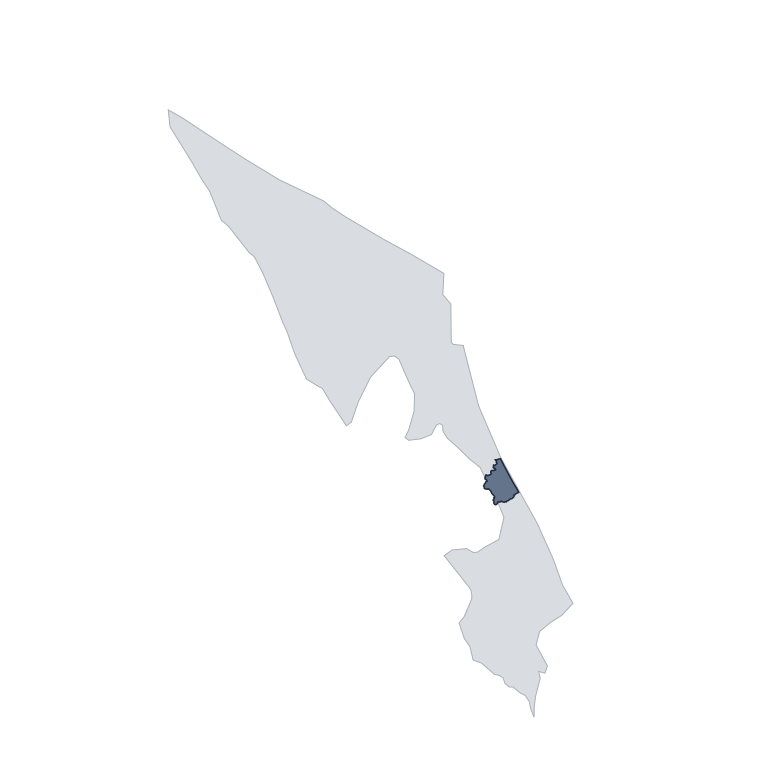 HaSharon, HaMerkaz, Israel (highlighted), rotated 138°
{"feature_id": "584046B61571705909900", "entity_name": "HaSharon", "entity_type": "district", "adm_level": 2, "iso_a3": "ISR", "parent_name": "Israel", "parent_adm1": "HaMerkaz", "projection": "natural_earth1", "projection_center": [34.955, 32.299], "detail": "fine", "context": "in_parent", "style": "filled", "palette": "slate", "viewbox_px": 768, "rotation_deg": 138, "n_neighbors": 0, "source": "geoboundaries", "source_scale": "gbopen_adm2", "svg_char_len": 4398}
<svg xmlns="http://www.w3.org/2000/svg" viewBox="0 0 768 768"><g transform="rotate(138 384 384)"><path d="M495.5,35.9L491.9,45.4L488.6,50.4L487.5,58.0L489.7,64.1L490.9,72.5L493.6,74.9L494.5,80.5L492.2,85.8L493.3,90.3L496.2,94.4L498.3,111.3L502.5,119.2L495.9,131.3L494.6,141.2L488.1,156.2L480.5,157.3L462.7,165.5L460.3,168.0L457.2,172.8L456.7,176.5L454.2,216.2L444.5,215.1L432.7,206.4L430.4,199.0L426.9,196.4L418.5,195.4L402.6,191.6L384.1,204.7L376.2,226.3L374.7,236.4L368.4,257.6L370.6,270.7L371.7,287.6L373.2,301.4L371.6,309.7L368.1,314.1L369.1,317.3L372.3,318.5L382.4,314.7L393.1,318.5L403.3,325.6L404.2,330.3L396.9,333.0L379.7,343.8L367.7,356.4L364.5,368.0L356.3,392.7L357.5,397.8L361.4,400.7L389.4,398.1L414.7,388.1L433.8,377.5L439.9,378.1L435.9,405.3L436.0,405.4L432.7,422.1L434.0,424.9L438.3,439.4L430.2,466.0L421.1,487.6L417.9,497.8L409.1,520.6L400.0,547.0L395.2,565.2L396.3,571.7L394.0,605.1L395.3,614.6L384.7,643.6L382.5,657.9L378.3,677.3L370.9,718.3L360.9,732.1L355.8,716.7L344.4,672.9L336.3,642.8L325.2,605.8L306.5,560.8L304.8,549.9L300.8,534.2L288.0,493.3L277.5,463.7L265.5,426.0L280.5,411.1L280.8,398.7L306.2,369.9L306.0,367.1L299.2,359.5L300.2,358.1L328.3,304.5L346.4,251.4L363.5,177.6L375.6,140.0L385.8,115.2L390.3,94.6L406.8,93.1L419.1,95.3L433.8,96.0L445.6,88.3L451.2,65.1L457.9,61.4L461.4,66.9L464.8,60.8L480.2,50.6L487.8,44.1L495.5,35.9Z" fill="#d9dde1" stroke="#a8b0b8" stroke-width="1"/><path d="M352.1,253.2L352.1,252.4L352.1,251.5L352.4,250.9L352.7,250.8L353.0,250.5L353.0,250.0L353.0,249.6L353.3,249.3L354.1,249.3L355.0,249.3L355.7,249.3L356.2,249.4L356.4,249.6L356.5,250.1L356.6,250.4L356.9,250.5L357.1,250.3L357.2,249.8L357.5,249.6L357.9,249.3L358.5,249.2L358.8,248.4L358.6,247.9L358.2,247.6L358.0,247.0L358.1,246.3L358.1,245.8L358.5,245.6L358.8,245.6L359.1,245.9L359.4,246.2L359.8,246.3L360.1,246.3L360.4,246.3L360.7,246.7L360.9,247.0L361.3,247.1L361.5,247.2L361.7,247.4L361.9,247.7L362.2,247.8L362.7,247.7L363.2,247.5L363.4,247.2L363.7,247.0L363.9,246.8L364.0,246.4L364.0,246.1L364.3,245.7L364.6,245.5L365.2,245.5L365.8,245.5L366.3,245.7L366.6,246.0L367.1,246.2L367.7,246.3L368.2,246.5L368.4,246.9L368.4,247.3L368.6,247.7L368.8,247.9L369.0,248.2L369.5,248.1L369.7,247.8L370.1,247.8L370.4,247.6L370.5,247.2L371.0,247.0L371.4,246.9L371.8,246.8L372.0,246.5L372.1,246.0L372.5,245.5L372.2,244.9L372.0,244.2L372.0,243.5L372.2,243.2L372.6,242.8L372.7,242.7L373.2,243.1L373.5,243.2L374.0,243.1L374.4,242.9L374.8,242.7L375.2,242.5L375.5,242.4L376.5,242.4L376.8,242.2L377.0,242.0L377.5,241.7L378.2,241.6L378.2,241.1L378.3,240.8L378.5,240.5L378.5,240.1L379.0,239.7L379.2,239.4L379.3,239.2L379.2,238.8L379.0,238.4L378.8,238.1L378.6,237.8L378.1,237.6L378.0,237.2L377.8,236.9L377.6,236.7L377.4,236.4L377.1,236.3L376.7,236.1L376.4,236.0L376.4,235.6L376.4,234.7L376.3,233.9L376.3,233.3L376.5,232.6L376.5,232.1L376.7,231.7L376.9,231.2L377.1,230.8L377.1,230.3L377.1,229.6L377.1,227.9L377.1,226.5L377.3,226.1L377.5,225.8L378.0,225.8L378.2,226.0L378.4,226.0L378.6,226.0L378.7,225.8L378.7,225.6L378.7,225.4L378.9,225.0L379.6,224.8L380.0,224.8L380.5,224.8L380.7,224.6L380.8,224.3L380.8,223.6L380.8,223.2L381.2,222.7L381.6,222.5L381.7,222.3L381.9,222.2L382.1,222.0L382.2,221.6L382.3,220.9L382.1,220.0L382.0,219.7L381.7,219.6L381.3,219.4L381.0,219.2L380.6,219.3L380.0,219.3L379.5,219.4L379.1,219.6L379.0,219.9L378.7,220.1L378.1,219.9L377.8,219.7L377.7,219.5L377.6,219.4L377.3,219.3L377.2,219.0L376.9,218.7L376.5,218.6L376.0,218.6L375.4,218.6L375.1,218.2L375.1,217.9L375.0,217.4L374.8,217.1L374.6,216.9L374.4,216.5L374.2,216.3L374.0,215.9L373.7,215.6L373.1,215.5L372.8,215.5L372.5,215.3L372.3,215.0L372.2,214.7L371.9,214.5L371.5,214.7L371.2,214.7L370.9,214.8L370.6,214.7L370.3,214.5L369.9,214.3L369.4,214.1L368.9,214.1L368.1,214.1L367.4,214.1L366.9,214.1L366.6,213.9L366.4,213.7L366.0,213.3L365.6,213.2L365.1,213.2L364.2,213.2L363.1,213.3L362.7,213.4L362.3,213.7L362.1,214.1L362.0,214.5L361.7,214.6L361.4,214.3L361.0,214.1L360.8,214.1L360.5,214.1L360.3,214.1L359.8,214.1L359.4,214.1L359.0,214.1L358.4,214.1L358.0,213.9L357.6,213.6L357.2,213.4L356.9,213.4L356.4,213.3L356.0,214.8L355.2,217.9L354.5,222.0L353.3,227.4L351.5,234.7L350.0,240.7L349.6,242.5L348.8,245.2L348.1,248.2L347.7,249.4L347.4,250.5L348.3,251.0L348.5,251.3L349.2,251.5L349.8,251.6L350.1,251.9L350.6,252.3L351.1,252.4L351.4,252.5L351.6,252.9L351.9,253.1L352.1,253.2Z" fill="#64748b" stroke="#1e293b" stroke-width="1.5"/></g></svg>